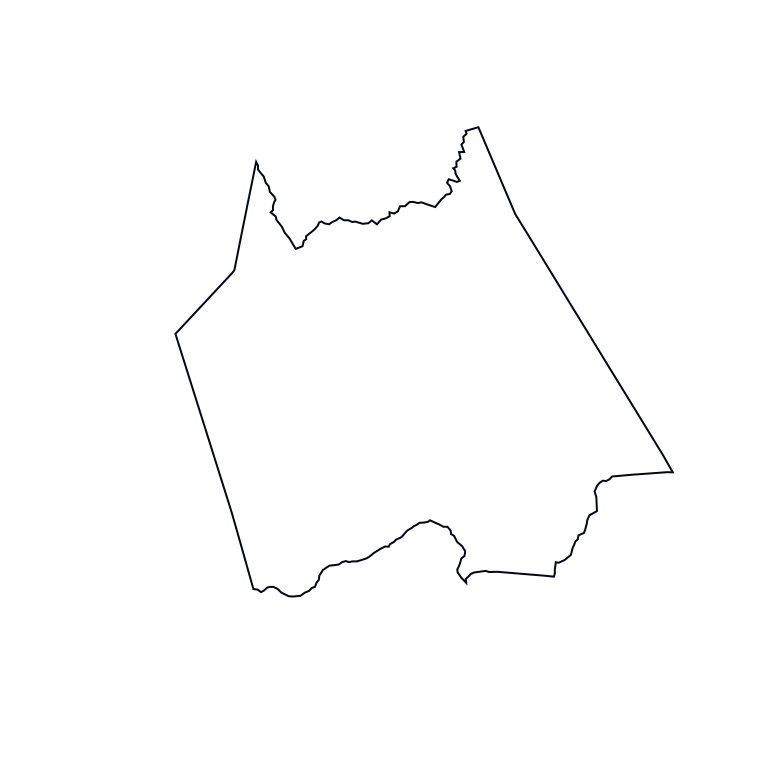 Ibimirim, Pernambuco, Brazil (Robinson projection), rotated 325°
{"feature_id": "56859067B15287287127442", "entity_name": "Ibimirim", "entity_type": "district", "adm_level": 2, "iso_a3": "BRA", "parent_name": "Brazil", "parent_adm1": "Pernambuco", "projection": "robinson", "projection_center": [-37.602, -8.575], "detail": "fine", "context": "isolated", "style": "outline", "palette": "ink", "viewbox_px": 768, "rotation_deg": 325, "n_neighbors": 0, "source": "geoboundaries", "source_scale": "gbopen_adm2", "svg_char_len": 2674}
<svg xmlns="http://www.w3.org/2000/svg" viewBox="0 0 768 768"><g transform="rotate(325 384 384)"><path d="M241.9,223.3L204.4,342.2L186.6,398.6L185.1,403.2L176.5,428.1L159.4,477.1L162.5,479.8L163.9,484.0L167.1,484.3L171.6,483.8L174.1,484.7L176.9,486.6L179.3,490.8L180.3,496.1L184.3,503.3L187.7,506.0L194.2,509.6L199.6,509.5L204.0,510.5L207.9,509.7L211.2,510.5L214.7,508.1L218.3,507.0L221.1,503.9L227.3,501.3L235.1,501.5L239.8,504.1L243.4,505.9L247.4,505.9L251.1,507.1L253.4,510.1L255.9,510.9L260.2,513.8L266.3,515.8L270.1,516.9L274.4,517.0L278.6,516.6L286.3,517.0L291.8,517.8L294.6,520.0L297.1,518.6L301.2,519.1L304.5,518.4L309.7,519.4L312.3,519.1L316.1,518.0L319.1,517.4L323.6,517.8L327.1,517.6L329.7,518.1L333.5,518.1L337.2,520.4L341.0,522.1L343.5,522.0L347.0,528.1L348.7,530.7L350.7,534.9L354.1,537.4L354.5,542.4L352.9,545.4L354.3,548.6L353.3,555.3L355.0,561.7L354.6,567.5L351.4,571.0L347.2,571.3L343.3,574.6L340.8,576.2L337.6,578.0L336.3,580.5L336.2,586.8L337.3,594.0L339.1,590.6L342.8,590.2L346.0,589.4L349.5,590.0L359.9,595.3L362.4,598.4L369.2,602.9L406.6,634.0L412.7,639.3L415.6,636.8L417.2,634.3L422.5,628.6L424.6,630.6L430.9,631.8L439.0,631.2L444.5,626.5L447.6,624.8L450.2,622.8L453.6,622.4L456.5,619.5L462.5,620.7L465.5,618.5L469.9,614.8L472.3,612.2L476.9,609.4L485.6,610.2L493.2,598.2L494.8,592.9L500.6,589.4L504.0,588.6L507.8,588.7L510.3,590.9L514.1,591.4L517.8,590.6L536.2,601.2L540.0,603.5L565.3,618.6L569.9,622.0L571.7,602.6L575.2,546.0L577.2,512.7L577.8,502.4L580.0,467.2L581.3,445.7L581.9,436.8L582.1,432.1L585.3,381.4L587.8,340.6L589.0,319.9L608.6,227.8L596.0,223.5L595.1,226.4L590.8,226.9L588.2,231.6L584.8,232.2L582.8,239.9L578.5,237.1L575.9,243.3L570.8,243.4L568.0,247.7L564.5,247.0L564.8,249.9L563.3,252.7L562.9,255.8L562.6,261.0L559.6,260.3L556.6,256.1L554.4,253.4L551.0,255.4L551.5,259.9L550.0,265.0L546.8,266.1L543.3,264.4L540.6,265.3L537.1,265.6L527.4,268.4L522.8,262.2L521.1,259.8L518.8,256.6L515.6,255.3L512.4,251.6L509.2,249.6L503.2,250.4L499.1,247.6L494.4,250.5L490.1,250.2L487.0,246.5L484.9,249.8L480.6,249.4L476.1,247.7L469.8,249.1L467.9,243.0L463.4,243.3L458.6,240.7L453.5,234.4L450.9,233.1L448.7,229.4L445.1,226.9L443.0,222.1L439.2,222.5L434.2,221.6L430.7,221.7L427.4,218.3L425.9,215.0L423.4,214.5L420.3,216.5L415.3,217.6L404.9,218.3L403.3,220.8L400.4,220.7L396.3,224.4L389.2,222.7L389.4,219.5L390.1,210.2L389.4,203.1L390.5,196.9L390.1,187.4L391.4,184.7L389.6,178.4L392.8,177.9L394.9,174.8L398.2,172.1L400.8,170.9L401.6,167.9L400.7,161.2L403.0,155.8L402.5,151.6L404.5,145.2L404.0,139.8L403.8,136.0L406.1,132.8L406.7,128.7L357.6,175.4L329.9,201.9L326.8,204.9L323.3,206.0L241.9,223.3Z" fill="none" stroke="#020617" stroke-width="2"/></g></svg>